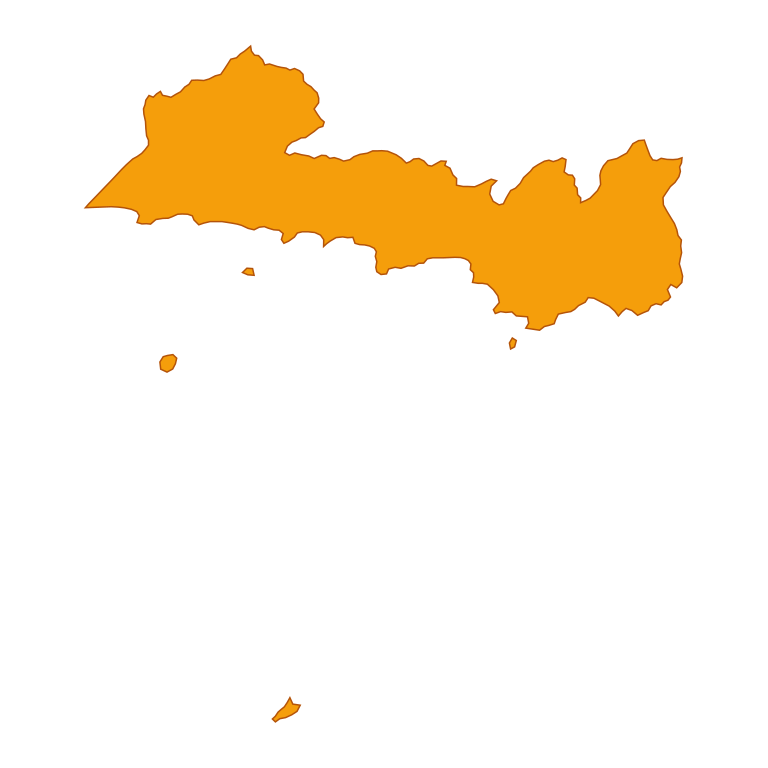 São Sebastião, São Paulo, Brazil (orthographic projection)
{"feature_id": "56859067B23083476078410", "entity_name": "São Sebastião", "entity_type": "district", "adm_level": 2, "iso_a3": "BRA", "parent_name": "Brazil", "parent_adm1": "São Paulo", "projection": "orthographic", "projection_center": [-45.612, -23.878], "detail": "fine", "context": "isolated", "style": "filled", "palette": "amber", "viewbox_px": 768, "rotation_deg": 0, "n_neighbors": 0, "source": "geoboundaries", "source_scale": "gbopen_adm2", "svg_char_len": 4612}
<svg xmlns="http://www.w3.org/2000/svg" viewBox="0 0 768 768"><path d="M85.4,207.7L97.6,207.2L102.9,207.0L111.3,206.7L118.4,207.1L124.4,207.8L131.4,209.3L136.8,211.6L139.3,215.7L137.0,222.5L141.9,223.9L146.5,223.7L150.6,224.1L155.9,219.5L162.8,218.4L168.3,218.2L171.9,216.8L177.7,214.2L182.2,214.0L187.6,214.2L192.3,215.8L194.0,220.0L198.8,224.8L203.8,223.1L210.1,221.6L216.9,221.6L222.1,221.6L227.4,222.4L232.4,223.2L237.2,224.1L241.5,225.3L248.2,228.4L254.1,229.8L259.2,227.2L264.4,226.6L268.3,228.2L273.7,229.8L279.1,230.2L283.2,233.5L281.4,239.5L283.9,243.3L288.6,241.2L294.4,237.1L297.3,233.0L302.2,231.8L308.3,231.8L314.8,232.5L320.5,235.1L323.7,239.6L323.6,246.5L326.6,243.7L330.3,241.0L336.1,237.6L342.8,236.9L347.6,237.7L352.9,237.3L355.0,243.3L359.6,244.6L364.6,244.9L369.6,246.0L374.3,248.3L376.4,251.8L375.3,256.3L376.8,261.6L375.8,267.3L376.8,271.7L381.0,274.5L386.5,273.9L388.6,269.0L395.1,267.3L401.0,268.3L408.0,265.8L414.4,266.0L418.7,263.3L423.7,263.1L427.3,258.8L432.7,257.8L437.6,257.8L443.0,257.8L447.8,257.6L455.0,257.3L460.6,257.5L464.9,258.7L468.4,260.5L470.9,264.0L470.3,269.7L473.5,272.7L473.7,277.0L472.5,282.4L478.1,283.3L482.3,283.3L487.4,284.2L493.4,289.7L497.9,295.9L499.3,302.5L496.8,305.6L493.4,309.7L495.3,313.5L500.6,311.6L505.8,312.4L511.9,311.9L516.3,315.9L522.4,316.4L527.5,316.8L528.7,323.3L525.8,328.1L531.6,329.0L539.6,330.2L544.4,326.5L548.9,325.4L554.2,323.7L555.6,319.6L558.3,314.1L565.5,312.5L570.8,311.6L574.7,309.3L578.5,305.6L585.2,302.2L588.2,297.6L593.9,298.2L599.4,301.0L604.4,303.6L609.2,306.1L614.8,311.1L618.4,316.0L622.2,311.6L626.0,308.4L631.9,310.5L637.6,315.3L643.7,312.5L648.2,310.7L651.0,305.9L656.0,303.7L661.1,304.9L664.2,301.6L668.0,300.2L670.5,297.0L667.4,289.5L670.8,284.5L676.7,287.8L681.8,282.5L682.6,276.2L680.9,269.3L679.3,263.9L680.2,258.9L681.6,252.7L680.7,246.0L681.4,240.0L678.0,235.5L676.8,229.7L674.4,223.5L670.7,217.5L666.9,211.2L663.4,204.9L663.0,197.5L666.3,192.5L670.3,186.6L675.0,182.4L678.9,176.7L680.4,171.4L679.6,167.0L681.5,162.9L682.0,157.8L677.7,159.2L672.9,159.6L667.0,159.4L661.1,158.3L656.9,160.6L652.7,159.9L650.0,155.7L647.9,150.2L645.8,144.5L644.3,140.1L638.6,140.6L632.9,143.7L629.9,148.4L626.8,153.1L622.0,155.7L617.0,158.5L607.9,160.7L603.5,165.8L600.9,170.8L599.9,175.4L600.3,180.0L600.6,184.6L597.5,190.6L590.2,198.1L586.0,200.4L580.6,202.7L580.7,197.9L577.6,194.7L577.1,188.1L574.3,185.1L574.7,178.8L572.4,175.2L568.3,174.9L564.1,171.9L565.2,166.4L566.0,159.6L562.1,157.9L557.8,160.2L553.2,161.6L549.0,160.2L544.4,161.2L538.2,164.6L533.2,167.8L530.5,171.2L527.3,174.2L523.6,177.6L520.2,183.4L515.5,188.2L510.7,190.5L508.2,194.6L506.1,198.3L503.4,203.8L499.1,204.9L493.1,201.3L489.7,194.0L491.2,186.1L496.6,180.8L491.2,179.2L486.4,181.3L481.5,183.9L474.7,186.8L468.0,186.5L463.2,186.5L456.5,185.2L456.6,178.5L452.9,174.9L450.0,168.2L444.8,165.4L446.2,161.3L440.9,161.0L431.7,166.1L427.9,165.4L423.9,161.0L419.0,158.5L413.6,159.0L410.0,161.7L406.3,163.1L401.4,158.3L396.2,154.8L387.6,151.2L381.8,150.7L377.2,150.9L372.7,150.9L367.3,153.2L359.8,154.4L353.9,156.7L349.9,159.7L343.6,161.1L339.4,159.2L334.2,157.6L329.7,158.4L326.0,155.6L321.5,155.3L314.2,158.5L308.8,156.0L301.3,154.7L294.8,153.0L289.5,155.3L284.7,152.6L287.4,146.1L292.0,142.1L296.3,140.5L301.1,137.9L305.5,137.6L309.9,134.4L314.2,131.4L318.6,127.7L322.8,126.4L324.2,122.0L320.6,118.8L317.3,114.1L314.1,109.0L318.6,102.8L318.7,98.1L317.1,92.8L314.1,90.1L311.0,86.7L307.0,84.3L303.6,81.1L303.0,74.3L299.6,70.8L294.5,68.5L289.9,70.1L286.1,68.1L281.3,67.4L277.2,66.5L269.5,64.0L264.7,64.9L262.6,59.9L258.5,55.6L254.5,55.2L251.4,51.1L250.6,46.1L244.4,51.3L240.4,53.9L236.5,57.8L230.8,59.2L227.5,64.4L224.5,69.0L220.8,74.4L215.2,75.9L209.1,79.0L203.9,80.5L197.3,80.1L191.7,80.3L189.0,84.3L184.8,87.0L180.5,91.8L175.7,94.4L171.0,97.3L166.9,96.2L162.5,95.3L160.4,91.4L156.6,93.9L153.3,97.2L149.0,95.5L145.8,100.2L145.1,104.5L143.5,108.8L143.9,114.1L145.5,121.5L145.9,128.9L146.6,135.8L148.5,140.2L148.5,145.2L144.9,149.9L141.7,153.4L137.1,156.6L132.7,159.0L126.4,164.7L121.6,169.5L114.9,176.7L111.1,180.7L105.4,186.6L95.8,196.6L88.8,203.8L85.4,207.7ZM279.8,718.7L285.6,717.6L291.7,714.8L297.0,711.4L300.2,705.2L292.8,704.1L289.9,697.7L287.3,702.4L284.4,706.8L281.2,709.4L278.1,712.1L275.3,716.3L272.4,719.0L275.4,721.9L279.8,718.7ZM172.7,369.0L175.4,363.8L176.7,358.2L172.9,354.6L167.4,355.5L163.2,356.7L159.9,362.0L160.7,369.2L167.0,372.1L172.7,369.0ZM252.6,268.6L246.9,268.2L242.5,272.5L247.8,274.8L254.1,275.3L252.6,268.6ZM514.6,346.9L516.3,340.5L512.3,338.0L509.4,343.0L510.6,349.0L514.6,346.9Z" fill="#f59e0b" stroke="#b45309" stroke-width="1.5"/></svg>